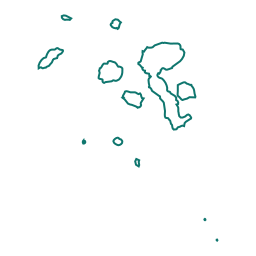 the Province of Galápagos, rotated 180°
{"feature_id": "ECU-1270", "entity_name": "Galápagos", "entity_type": "Province", "adm_level": 1, "iso_a3": "ECU", "parent_name": "Ecuador", "parent_adm1": "", "projection": "robinson", "projection_center": [-90.747, 0.131], "detail": "fine", "context": "isolated", "style": "outline", "palette": "teal", "viewbox_px": 256, "rotation_deg": 180, "n_neighbors": 0, "source": "natural_earth", "source_scale": "10m", "svg_char_len": 5417}
<svg xmlns="http://www.w3.org/2000/svg" viewBox="0 0 256 256"><g transform="rotate(180 128 128)"><path d="M116.4,191.3L117.0,191.7L117.4,191.7L117.6,191.9L117.7,193.1L117.4,193.5L115.8,194.2L115.3,194.6L113.2,201.8L113.5,203.6L113.4,204.9L112.0,204.4L111.2,205.7L109.5,207.8L108.8,208.9L107.7,208.4L106.6,208.3L104.6,208.4L103.3,208.8L101.3,210.6L93.8,213.3L92.4,213.0L91.4,213.3L85.5,212.4L78.2,212.5L76.9,212.0L75.9,210.9L75.6,210.2L75.5,209.4L75.5,207.7L75.3,206.8L74.7,206.6L73.9,206.6L73.2,206.4L71.6,203.5L72.2,200.2L74.0,197.0L75.9,194.8L83.5,189.3L83.8,188.7L83.8,188.2L84.0,187.9L85.0,187.7L86.7,187.0L89.0,186.3L89.7,186.3L90.4,186.5L90.8,186.8L91.1,187.1L91.5,187.3L92.6,187.8L93.3,187.8L93.9,187.5L94.3,187.1L94.9,186.0L95.3,185.8L95.3,185.0L95.9,183.5L96.8,182.3L97.7,182.8L98.5,181.5L98.6,180.4L98.1,179.5L97.3,178.7L96.4,178.2L94.5,177.6L93.7,177.2L92.2,175.6L90.6,173.3L89.4,170.6L88.8,168.2L88.9,166.0L88.7,165.3L87.9,164.6L87.4,164.4L86.5,164.3L86.1,164.1L85.9,163.8L85.3,162.6L81.3,160.2L79.8,158.4L79.9,156.0L78.6,155.2L77.8,153.6L77.9,152.0L79.5,151.5L78.3,149.6L77.8,148.5L77.7,147.3L77.7,144.7L77.6,144.1L77.3,142.9L77.3,142.2L76.7,139.8L75.3,138.5L73.3,138.5L71.0,139.4L68.8,141.2L67.6,141.5L66.3,140.7L65.0,138.7L64.8,138.2L65.0,137.5L65.3,137.2L65.8,137.0L70.2,134.2L71.4,132.8L71.9,129.9L73.5,130.4L74.8,130.0L76.0,129.3L78.1,128.7L78.6,128.1L79.0,127.4L79.5,126.8L80.2,126.6L81.5,126.6L82.1,126.4L83.2,127.4L83.7,129.1L83.9,130.7L84.2,131.4L85.0,132.1L85.8,135.2L86.3,135.9L86.8,136.2L87.7,137.6L88.1,137.9L89.5,138.0L90.2,138.2L90.6,138.4L91.1,139.7L91.2,141.5L91.0,145.0L92.2,153.2L92.9,154.4L95.6,157.2L95.9,157.5L95.9,158.0L95.9,158.8L96.1,159.7L96.6,160.0L97.0,160.1L97.2,160.3L103.9,165.1L104.3,165.9L104.5,166.6L104.9,167.2L105.7,168.2L106.0,168.4L107.0,168.7L107.1,169.1L106.9,169.5L106.7,169.9L106.6,170.1L107.2,172.9L107.5,176.0L107.1,177.4L105.4,179.1L104.8,180.2L106.3,179.1L106.7,179.8L106.7,181.1L107.0,182.3L109.8,182.8L111.1,183.6L111.0,185.3L111.9,185.4L112.7,185.8L113.3,186.5L113.7,187.3L113.3,188.3L114.2,188.7L116.4,191.3ZM156.6,177.2L157.4,178.0L157.2,179.7L156.4,182.8L156.4,183.6L156.8,184.7L156.9,185.5L156.7,185.7L156.2,187.4L156.2,187.7L155.1,188.2L154.3,189.4L153.6,190.7L152.8,191.8L152.2,192.3L151.9,192.4L148.7,192.3L148.4,192.6L148.1,194.0L147.2,194.7L146.1,195.0L144.9,194.8L142.6,194.0L141.2,193.7L140.8,193.3L140.5,193.0L140.2,192.8L139.7,192.3L138.3,190.0L137.7,189.3L136.8,189.4L135.6,189.1L134.4,188.5L133.7,187.7L133.6,186.8L133.7,183.2L134.1,181.3L134.8,179.5L135.8,178.0L136.8,176.7L137.4,176.3L139.2,175.4L139.9,175.2L140.7,175.2L142.1,175.6L142.6,175.7L143.2,175.5L144.0,174.9L144.4,174.7L150.5,173.9L151.9,173.1L152.3,173.3L152.7,173.5L153.1,173.9L153.3,174.2L153.5,174.9L153.4,175.7L153.5,176.4L154.0,176.7L154.6,176.8L155.9,177.1L156.6,177.2ZM78.2,170.9L77.5,171.3L73.0,173.4L71.9,173.7L71.2,173.7L70.6,173.5L69.3,172.4L68.1,172.1L66.1,171.2L65.8,171.1L65.1,171.2L64.8,171.2L64.5,170.9L64.5,170.7L64.5,170.4L64.4,170.1L63.3,168.8L62.4,167.3L61.9,165.7L61.4,162.3L60.6,159.5L60.8,158.6L66.5,158.8L68.9,157.4L71.9,156.6L73.4,156.0L73.8,156.1L74.6,156.6L76.9,159.2L77.5,159.6L78.3,160.3L78.4,161.8L78.2,164.6L78.2,170.9ZM214.0,188.0L214.8,188.6L215.6,188.6L216.5,188.2L217.3,187.7L217.4,190.5L216.2,193.5L214.4,196.1L212.4,197.9L210.1,198.6L209.8,199.1L209.7,199.8L208.9,201.9L207.6,204.2L206.7,205.2L205.8,205.9L204.7,206.3L203.8,206.4L201.5,206.4L200.9,206.6L199.5,207.7L198.6,207.9L198.0,207.7L196.6,206.7L196.0,206.4L193.7,206.0L193.1,205.7L193.0,205.0L193.4,204.2L194.2,203.1L194.7,202.5L197.3,201.2L198.2,200.4L198.9,197.9L199.5,197.8L202.2,197.0L203.0,196.2L204.0,193.8L204.6,193.0L206.3,191.2L206.6,190.5L207.2,190.1L209.5,189.1L210.2,188.3L211.2,188.3L213.2,187.7L214.0,188.0ZM132.4,158.6L133.3,159.2L132.9,160.5L131.5,162.9L131.0,164.4L129.8,164.8L128.4,164.6L125.6,163.7L121.1,163.7L119.8,163.2L118.6,162.4L117.4,161.9L116.0,162.6L115.1,161.4L114.7,159.5L114.0,157.9L112.4,157.6L115.1,153.3L115.3,152.3L114.9,151.0L115.4,149.7L116.5,148.8L117.7,148.5L118.2,148.9L118.4,148.9L118.6,148.5L119.9,149.5L124.3,151.2L125.9,151.5L128.0,152.4L131.4,156.7L133.3,158.1L133.0,158.2L132.8,158.3L132.4,158.6ZM144.4,229.8L144.5,230.0L144.8,230.3L145.1,230.6L145.3,231.1L145.3,231.6L145.1,231.9L144.9,232.1L144.9,232.3L144.7,232.6L143.8,232.9L143.5,233.1L143.5,233.4L143.6,234.3L143.5,234.6L143.2,235.1L141.0,236.5L140.6,236.7L138.2,236.3L137.3,235.5L136.4,234.5L135.1,233.6L135.7,232.8L136.2,231.9L136.6,230.8L137.1,228.6L137.7,227.5L138.5,227.1L139.1,228.1L140.3,227.7L142.1,228.1L143.7,228.9L144.4,229.8ZM135.7,116.8L135.1,116.6L134.5,116.0L134.0,115.3L133.7,114.8L133.9,113.1L134.9,111.9L136.3,111.1L137.7,110.8L139.2,111.3L140.8,112.2L142.0,113.3L142.6,114.8L142.2,115.9L141.0,117.1L139.6,118.0L138.2,118.3L137.4,118.0L136.6,117.0L135.7,116.8ZM191.0,236.1L192.8,236.8L194.1,238.3L194.2,239.9L192.2,240.6L190.1,240.3L184.8,237.6L186.2,236.1L187.2,236.3L190.2,236.3L191.0,236.1ZM117.3,89.6L120.0,91.3L120.8,94.6L119.7,97.0L116.8,95.7L117.3,94.1L116.8,91.0L117.3,89.6ZM171.9,112.5L172.2,112.4L172.8,112.5L173.2,113.6L173.1,114.8L172.7,115.3L172.7,114.5L172.2,114.3L171.5,114.6L171.5,115.2L171.0,114.9L170.7,113.9L171.0,113.1L171.9,112.5ZM51.0,35.8L51.3,35.9L51.6,36.5L51.5,36.8L51.1,37.1L50.8,36.9L50.6,36.5L50.6,36.1L51.0,35.8ZM38.6,15.8L38.9,15.4L39.3,15.7L39.3,16.3L38.9,16.4L38.6,15.8Z" fill="none" stroke="#0f766e" stroke-width="2"/></g></svg>